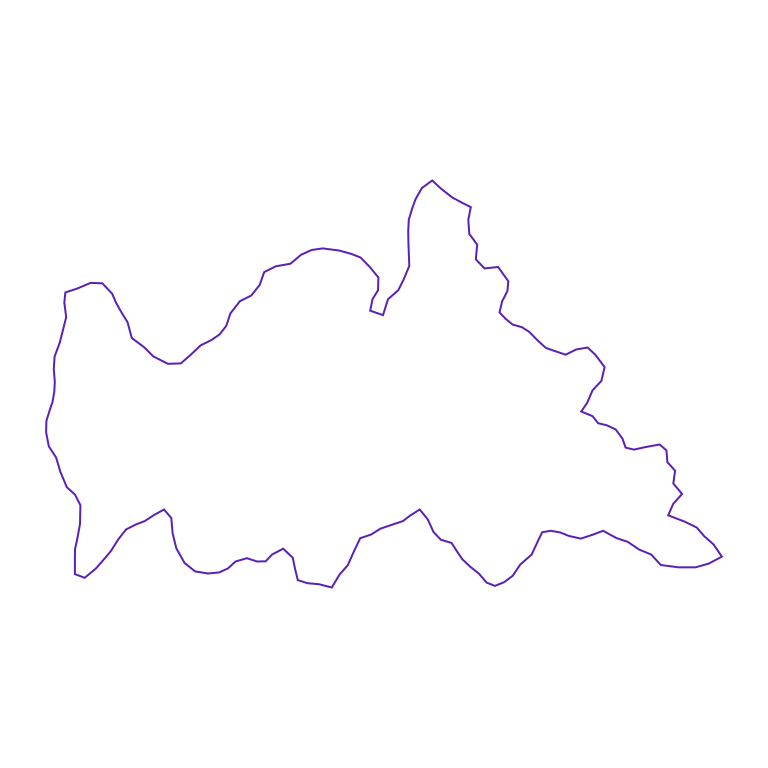 outline of Santana da Vargem, Minas Gerais, Brazil
{"feature_id": "56859067B34878653827623", "entity_name": "Santana da Vargem", "entity_type": "district", "adm_level": 2, "iso_a3": "BRA", "parent_name": "Brazil", "parent_adm1": "Minas Gerais", "projection": "robinson", "projection_center": [-45.501, -21.259], "detail": "fine", "context": "isolated", "style": "outline", "palette": "violet", "viewbox_px": 768, "rotation_deg": 0, "n_neighbors": 0, "source": "geoboundaries", "source_scale": "gbopen_adm2", "svg_char_len": 2426}
<svg xmlns="http://www.w3.org/2000/svg" viewBox="0 0 768 768"><path d="M65.4,292.4L64.3,302.5L66.2,317.1L63.0,329.9L59.8,342.5L54.6,356.5L53.8,369.1L54.8,381.7L54.3,391.8L52.5,402.0L49.3,411.5L46.4,420.9L46.1,432.3L48.8,446.3L56.1,457.5L60.4,471.9L66.8,487.2L75.0,494.6L80.4,505.2L80.0,523.9L77.4,538.2L75.0,549.3L74.9,560.3L74.9,574.1L84.7,577.8L96.1,568.3L104.9,558.2L111.1,550.8L118.1,539.6L126.0,529.5L136.0,524.4L144.7,521.1L154.2,514.9L164.0,509.5L171.3,518.0L172.6,533.2L176.3,548.3L184.6,563.0L195.1,571.4L208.0,573.5L219.4,572.4L228.1,568.3L235.5,561.5L246.9,558.2L257.1,561.5L265.7,561.3L272.1,554.5L283.2,548.7L292.8,557.8L295.0,568.7L297.8,580.1L307.5,583.2L318.9,584.2L331.8,587.5L339.6,574.5L347.8,565.2L353.2,553.0L360.2,538.2L371.2,534.5L380.3,528.7L393.0,524.4L402.9,521.1L410.5,515.3L419.7,509.5L427.9,519.6L433.4,531.8L440.9,539.8L451.5,542.9L457.0,551.4L462.3,559.2L470.2,566.7L479.0,573.7L486.6,582.6L494.9,585.9L504.1,582.2L512.7,575.8L520.2,564.6L531.7,554.5L537.6,541.7L542.2,532.2L550.8,530.8L560.1,532.4L568.8,535.9L580.8,538.6L592.2,534.9L603.1,530.8L616.3,538.0L627.8,541.9L639.4,549.7L651.2,554.5L660.8,565.0L678.3,567.3L695.7,567.3L708.7,563.6L721.9,556.6L713.5,544.4L704.1,536.1L696.7,527.5L684.8,521.7L668.2,515.3L673.3,503.7L682.1,494.0L673.3,483.5L675.1,470.7L667.4,462.2L666.4,450.3L659.6,444.5L645.8,447.0L633.9,449.6L625.6,447.6L622.4,438.5L615.6,429.4L606.9,425.3L598.1,423.2L592.6,416.2L581.2,411.5L587.1,403.0L592.6,390.2L601.4,380.9L604.6,367.1L595.3,354.7L587.6,347.5L576.2,349.5L565.6,354.7L556.5,351.6L545.8,347.9L537.6,340.4L529.4,332.0L522.0,327.2L512.7,324.6L505.6,318.8L499.5,312.4L502.2,301.2L507.4,291.1L508.3,281.2L498.1,267.0L484.5,268.4L475.8,259.3L477.2,244.7L469.3,233.9L468.3,219.7L470.8,207.1L462.9,203.2L452.2,197.4L441.3,188.9L432.2,180.5L422.0,187.9L415.6,199.1L412.3,208.1L408.8,219.7L408.2,231.3L408.4,242.0L408.8,253.1L409.3,265.9L403.6,279.6L398.2,290.3L388.0,299.2L383.0,315.1L370.2,310.7L372.5,299.2L378.0,290.3L378.4,277.5L369.8,267.0L360.5,257.5L351.0,253.8L339.1,250.5L322.6,248.4L311.6,250.0L301.0,254.8L290.5,263.7L275.8,266.3L264.2,272.1L259.7,284.9L251.3,295.5L239.9,301.2L230.4,313.4L226.3,325.8L219.7,334.3L211.5,340.0L200.6,345.4L190.1,355.3L180.8,363.4L167.9,363.8L153.4,356.5L144.2,347.3L131.8,338.0L127.5,322.1L121.6,312.6L116.1,302.9L112.2,293.8L102.3,283.3L90.5,282.9L77.1,288.6L65.4,292.4Z" fill="none" stroke="#5b21b6" stroke-width="2"/></svg>